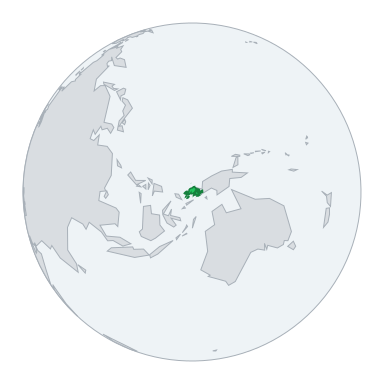 the Earth from above Papua Barat, rotated 314°
{"feature_id": "IDN-1933", "entity_name": "Papua Barat", "entity_type": "Province", "adm_level": 1, "iso_a3": "IDN", "parent_name": "Indonesia", "parent_adm1": "", "projection": "orthographic", "projection_center": [132.375, -1.612], "detail": "fine", "context": "on_globe", "style": "filled", "palette": "green", "viewbox_px": 384, "rotation_deg": 314, "n_neighbors": 0, "source": "natural_earth", "source_scale": "10m", "svg_char_len": 11300}
<svg xmlns="http://www.w3.org/2000/svg" viewBox="0 0 384 384"><g transform="rotate(314 192 192)"><circle cx="192" cy="192" r="169" fill="#eef3f6" stroke="#a8b0b8"/><path d="M311.9,235.7L311.8,236.9L311.6,237.1L311.9,235.7ZM277.2,46.1L273.1,44.1L276.0,46.4L271.1,43.4L280.3,51.0L279.5,53.4L277.1,48.6L274.3,46.5L272.0,46.7L268.7,44.7L265.6,43.9L261.8,41.7L260.7,39.7L258.2,38.4L256.7,38.7L252.0,37.1L254.5,36.8L246.4,34.2L243.1,31.5L250.0,33.3L263.9,39.1L277.2,46.1ZM344.0,135.9L342.5,132.1L344.2,134.3L344.0,135.9ZM341.1,130.0L341.8,131.2L341.1,130.2L341.1,130.0ZM340.4,129.4L340.9,129.8L340.4,129.7L340.4,129.4ZM339.4,129.1L339.9,129.1L339.4,129.1ZM337.5,127.4L337.0,126.9L337.3,126.5L337.5,127.4ZM278.9,48.9L279.7,48.8L280.1,49.6L278.9,48.9ZM265.9,44.2L266.7,45.0L264.8,44.2L265.9,44.2ZM257.2,40.4L253.8,39.3L257.0,40.0L257.2,40.4ZM251.7,38.4L243.6,36.3L244.8,37.6L236.8,33.2L246.4,36.2L250.2,36.7L249.6,37.3L251.7,38.4ZM233.7,31.4L231.6,30.8L233.6,31.1L233.7,31.4ZM127.8,35.7L125.2,36.8L132.2,34.1L132.4,34.6L134.5,33.8L136.7,32.9L135.4,34.5L137.0,34.0L138.1,33.2L141.9,31.6L148.3,29.8L147.5,30.4L145.1,31.2L138.9,34.0L132.6,36.4L132.9,36.5L138.2,34.7L145.8,31.1L149.8,29.9L146.7,31.3L148.2,30.7L149.9,30.3L151.0,30.7L154.6,29.1L175.1,26.1L179.1,27.1L174.0,28.3L187.5,28.7L190.9,30.9L191.9,30.0L199.0,30.3L198.0,29.6L199.0,29.2L216.8,31.0L220.4,32.4L229.1,33.3L229.6,33.0L227.5,31.9L236.8,33.2L244.8,37.6L243.3,38.0L249.3,40.9L245.0,41.7L244.1,44.0L235.9,43.9L236.0,46.2L238.4,47.2L240.3,51.5L235.9,58.0L229.0,48.3L233.4,40.3L230.7,42.9L228.2,41.2L225.3,41.6L223.7,43.9L225.4,44.8L206.8,44.8L196.7,51.4L204.9,52.3L208.2,55.6L203.9,66.6L181.0,80.3L185.1,87.1L184.1,91.0L177.7,92.7L179.0,86.8L174.3,84.1L176.0,80.8L166.2,82.3L168.2,77.8L159.6,81.7L160.8,85.6L168.7,85.6L160.3,91.5L165.9,99.3L164.4,108.0L147.8,122.4L134.1,126.3L132.8,129.2L128.5,125.5L121.1,130.9L127.7,148.5L126.9,153.6L115.6,162.6L115.7,158.7L104.2,148.9L100.8,161.0L109.4,171.6L112.3,184.0L105.1,179.8L102.3,169.0L98.3,165.2L100.3,154.6L98.8,139.1L91.6,141.7L93.1,135.7L89.9,123.3L80.1,127.0L63.9,142.9L60.1,158.8L55.2,165.9L53.0,143.1L56.1,128.3L52.7,129.7L52.6,117.7L45.0,117.5L46.2,113.9L44.3,115.8L44.5,112.4L47.2,106.6L46.3,107.2L39.8,122.5L41.0,122.1L45.1,115.9L42.8,121.6L42.9,126.6L34.7,141.0L27.2,155.0L29.5,145.8L33.4,133.7L38.3,121.9L44.0,110.5L50.5,99.6L57.9,89.3L66.0,79.5L74.8,70.3L84.3,61.8L94.4,54.1L105.1,47.1L116.2,41.0L127.8,35.7ZM27.4,153.9L27.0,155.7L26.6,157.6L26.0,161.2L28.7,156.1L27.8,160.1L24.2,179.1L23.1,196.2L23.3,182.0L24.8,167.9L27.4,153.9ZM59.1,88.5L60.1,89.1L66.4,80.8L67.3,80.5L69.1,78.0L66.9,80.2L72.2,73.6L75.1,71.4L78.4,68.2L78.2,67.9L72.1,73.1L64.3,82.4L61.2,85.7L59.1,88.5ZM92.1,317.3L95.4,319.4L94.2,319.6L92.1,317.3ZM30.6,235.7L39.3,262.9L38.9,263.2L35.4,255.4L29.9,239.0L29.2,234.1L27.9,226.7L30.6,235.7ZM153.4,215.5L158.5,216.7L158.4,217.4L153.4,215.5ZM147.9,212.3L153.7,213.0L147.0,214.0L147.9,212.3ZM156.0,213.3L161.9,212.2L164.5,211.1L164.1,212.8L156.0,213.3ZM144.0,212.1L123.6,210.5L115.8,207.9L117.5,205.1L130.2,206.6L144.0,212.1ZM116.9,205.0L105.1,196.2L90.6,172.1L95.8,172.7L111.3,187.5L110.3,189.9L117.3,196.8L116.9,205.0ZM146.0,191.8L144.9,199.3L133.5,197.8L128.4,196.2L124.8,186.4L126.8,181.7L130.9,182.1L147.9,167.1L153.6,171.5L148.2,177.9L152.9,184.7L146.0,191.8ZM60.4,160.3L62.0,169.9L59.5,171.5L60.4,160.3ZM155.5,156.5L148.2,162.9L155.1,154.2L155.5,156.5ZM160.1,148.2L160.2,151.7L157.7,148.1L160.1,148.2ZM131.9,133.7L127.5,134.3L127.8,131.9L133.6,129.9L131.9,133.7ZM163.2,115.6L161.7,122.3L160.4,124.5L159.1,120.2L163.2,115.6ZM155.8,27.5L148.1,29.0L142.2,30.7L138.2,32.2L140.5,31.1L149.7,28.5L155.8,27.5ZM172.8,26.0L176.2,25.3L177.0,25.5L176.3,25.8L172.8,26.0ZM173.3,25.6L173.3,24.9L176.7,24.5L176.0,25.1L173.3,25.6ZM273.5,299.9L276.1,301.9L271.5,306.4L264.8,310.7L257.9,311.2L273.5,299.9ZM220.9,305.0L219.4,298.6L227.0,299.1L225.0,304.3L220.9,305.0ZM278.3,296.7L282.4,291.7L282.7,284.6L283.7,291.4L288.4,292.7L277.8,301.7L278.3,296.7ZM189.4,276.2L157.7,285.3L150.3,283.2L151.2,278.2L142.5,262.3L144.8,262.8L142.1,252.4L160.2,244.5L172.9,228.9L184.2,231.0L191.9,219.9L203.9,222.1L200.9,231.1L214.0,238.9L221.2,218.7L230.7,242.5L241.2,252.2L245.9,267.7L232.6,291.0L223.6,294.8L221.2,292.1L217.7,294.2L211.1,292.3L206.2,283.5L202.7,285.6L205.4,279.8L200.7,284.7L196.7,279.0L189.4,276.2ZM275.3,246.3L277.4,247.3L281.2,252.1L277.7,250.7L275.3,246.3ZM306.6,239.3L307.8,241.5L305.5,241.5L306.6,239.3ZM311.6,237.1L308.9,237.2L311.9,235.7L311.6,237.1ZM284.8,234.5L286.0,236.2L285.2,236.5L284.8,234.5ZM284.0,233.8L285.0,231.7L285.0,234.1L284.0,233.8ZM273.3,219.6L274.4,218.7L275.0,219.7L273.3,219.6ZM166.2,217.4L173.3,212.1L177.3,212.0L166.2,217.4ZM271.4,216.8L268.3,216.1L268.6,215.0L271.4,216.8ZM271.4,214.0L271.0,212.3L273.1,216.6L271.4,214.0ZM265.4,209.3L269.3,212.9L265.0,209.6L265.4,209.3ZM263.3,209.3L260.6,207.6L260.7,207.1L263.3,209.3ZM234.3,207.2L244.2,218.6L236.6,217.2L227.9,209.8L221.7,214.8L207.3,212.0L210.4,208.8L208.3,203.2L193.8,199.4L190.9,195.6L195.9,193.8L186.5,190.0L196.7,189.5L201.1,197.2L206.9,192.3L217.3,195.0L227.6,198.7L236.3,205.3L234.3,207.2ZM197.1,205.3L198.9,205.6L197.4,207.6L197.1,205.3ZM255.4,202.7L259.3,206.9L258.9,207.7L257.0,206.9L255.4,202.7ZM238.2,204.4L247.3,199.8L249.5,200.2L243.5,206.1L238.2,204.4ZM245.0,195.6L249.3,197.1L251.7,200.8L250.8,201.6L245.0,195.6ZM176.2,196.5L175.8,198.4L173.2,196.6L176.2,196.5ZM179.5,195.6L187.5,198.6L178.8,197.3L179.5,195.6ZM156.3,186.7L158.5,191.5L165.5,189.1L160.2,192.9L165.1,201.1L163.5,203.9L158.6,195.1L157.2,203.6L154.1,203.2L152.3,195.6L155.3,186.9L158.4,183.5L171.0,183.1L156.3,186.7ZM179.4,189.9L177.3,184.3L178.9,180.9L181.1,183.9L179.4,189.9ZM171.6,170.9L166.5,164.3L161.6,166.2L171.8,158.7L174.9,166.2L171.6,170.9ZM167.7,157.2L163.1,158.9L168.1,154.5L167.7,157.2ZM162.1,156.8L161.9,152.6L165.4,153.5L162.1,156.8ZM170.1,157.6L171.5,150.7L173.0,155.0L170.1,157.6ZM161.2,143.4L168.2,150.7L158.6,147.0L159.6,134.0L163.8,134.0L161.2,143.4ZM193.6,96.7L193.3,93.5L197.5,93.3L196.5,95.5L193.6,96.7ZM210.9,90.9L198.6,92.2L188.6,93.9L191.1,95.7L187.7,100.9L184.7,95.3L192.6,90.2L199.9,90.0L202.2,85.9L208.3,83.8L208.8,78.6L211.8,76.8L213.6,81.7L210.9,90.9ZM208.7,76.4L211.7,68.1L219.1,70.6L220.0,72.9L215.5,75.5L211.9,74.1L208.7,76.4ZM214.6,67.0L211.2,65.7L208.3,53.8L209.6,52.0L215.6,61.5L212.6,60.9L212.0,63.6L214.6,67.0ZM231.6,31.2L231.6,30.8L233.0,31.4L231.6,31.2ZM198.3,28.8L199.9,28.5L201.5,29.0L198.3,28.8ZM205.2,27.9L202.3,27.5L205.7,27.6L205.2,27.9ZM195.7,27.0L201.3,27.3L195.4,27.5L195.7,27.0Z" fill="#d9dde1" stroke="#a8b0b8" stroke-width="1"/><path d="M199.3,199.8L199.2,199.8L198.9,199.6L198.7,199.4L198.8,199.2L198.8,198.9L199.5,199.0L199.6,198.9L198.8,198.8L198.5,199.0L198.3,199.1L198.1,199.0L198.2,198.9L197.8,198.7L197.8,198.8L197.7,198.9L197.8,199.0L197.7,199.1L197.3,198.9L197.3,198.7L197.2,198.8L197.2,198.7L197.3,198.6L197.2,198.3L197.1,198.5L196.9,198.4L196.7,198.6L196.3,198.0L196.3,197.8L196.2,197.9L196.2,198.0L196.3,198.2L196.1,198.0L195.9,198.1L195.9,197.9L195.7,197.5L195.9,197.3L195.9,196.8L195.9,196.7L195.9,196.8L196.0,196.6L196.3,196.3L196.5,196.5L196.6,196.4L196.4,196.2L196.4,195.9L196.2,195.9L196.3,196.0L196.2,196.1L195.8,196.5L195.8,197.2L195.7,197.3L195.4,197.2L195.4,197.4L195.5,197.5L195.0,198.2L195.0,198.5L194.6,199.2L194.0,199.2L193.8,199.4L193.6,199.3L193.5,199.1L193.2,198.9L193.3,198.9L193.0,198.1L193.1,197.9L193.5,198.0L193.5,197.8L193.6,197.7L193.3,197.4L193.3,196.9L193.1,196.9L193.1,197.1L192.9,197.1L192.7,196.8L192.7,196.7L192.5,196.4L191.9,196.0L191.9,195.9L191.4,195.8L191.2,195.9L191.2,196.0L191.1,195.8L190.8,195.9L191.0,195.7L190.9,195.6L191.0,195.5L190.8,195.5L191.1,195.3L191.4,195.3L191.2,195.3L191.4,195.2L191.8,195.1L192.2,195.2L192.1,195.3L192.3,195.3L192.3,195.2L192.6,195.3L192.9,195.5L193.0,195.5L193.4,195.3L193.9,194.6L194.5,194.4L194.8,194.5L195.0,194.7L195.0,195.1L195.0,194.9L195.2,194.6L195.2,195.0L195.2,194.7L195.3,194.7L195.4,194.9L195.6,194.7L195.8,194.8L195.8,195.3L195.9,194.7L196.0,194.7L196.2,195.1L196.3,194.8L196.2,194.6L196.3,194.6L196.1,194.5L196.0,194.4L196.3,194.4L196.5,194.6L196.4,194.4L196.8,194.3L196.5,194.3L196.7,194.1L196.4,194.2L196.6,194.0L196.6,193.7L196.6,194.0L196.5,193.9L196.3,194.0L196.2,193.9L196.4,193.7L196.6,193.6L196.4,193.5L195.9,193.7L195.7,193.8L195.6,193.7L195.5,193.9L195.3,193.7L195.4,193.8L195.2,193.8L194.7,193.7L194.3,193.8L193.7,194.0L193.3,193.9L192.9,194.0L192.7,193.8L192.5,193.7L191.9,193.9L191.5,193.6L191.0,193.4L191.3,193.1L191.0,193.2L190.8,193.0L190.8,192.9L190.7,192.8L190.7,192.6L190.9,192.3L191.0,192.2L190.7,192.3L190.6,192.1L190.8,191.8L190.5,191.9L190.3,192.0L190.3,191.7L190.2,191.9L190.1,191.7L189.9,191.7L189.6,191.6L189.4,191.6L189.2,191.7L189.1,191.4L188.8,191.3L188.9,191.5L188.6,191.7L188.3,191.5L188.0,191.5L187.8,191.5L187.8,191.4L188.0,191.3L188.0,191.0L188.2,190.9L188.5,190.8L188.7,190.4L188.7,190.0L188.8,189.9L188.6,189.7L189.4,189.4L189.6,189.4L189.5,189.6L190.5,189.3L190.8,189.0L191.1,188.8L191.2,188.6L191.3,188.5L192.2,188.3L193.0,188.3L193.6,188.6L193.8,188.6L194.0,188.7L194.3,188.8L195.0,189.4L195.5,189.5L195.6,189.4L196.0,189.5L196.1,189.4L196.3,189.4L196.7,189.4L197.3,189.8L197.0,189.9L196.9,190.1L197.2,190.6L197.4,190.8L197.6,191.2L197.5,191.5L197.4,191.8L197.0,192.2L197.2,193.0L197.2,193.3L197.1,193.5L197.3,194.1L197.4,194.3L197.8,194.7L198.0,195.3L198.1,195.7L198.4,195.6L198.2,195.0L198.2,194.7L198.4,194.6L198.7,194.7L198.8,195.6L198.1,196.1L198.1,196.3L197.7,196.7L197.5,197.2L200.5,198.3L199.3,199.8ZM188.8,187.9L189.0,188.1L188.8,188.3L188.7,188.3L188.2,188.2L188.0,188.3L187.9,188.3L187.6,188.0L187.3,188.0L187.3,187.8L187.1,187.5L186.8,187.5L187.0,187.7L187.2,188.1L187.4,188.2L187.6,188.1L187.8,188.3L187.7,188.5L187.2,188.6L187.0,188.2L186.7,188.2L186.6,188.5L186.6,188.4L186.5,188.1L186.3,188.1L186.1,188.1L185.6,187.8L186.2,187.9L186.2,187.7L186.0,187.8L185.9,187.7L186.0,187.5L186.3,187.6L186.2,187.5L186.3,187.5L186.5,187.4L186.6,187.5L186.7,187.4L187.1,187.3L187.3,187.4L187.2,187.3L187.4,187.3L187.9,187.4L188.1,187.4L188.4,187.5L188.6,187.7L188.8,187.7L188.9,187.8L188.8,187.9ZM186.3,192.7L186.0,192.9L186.3,193.1L186.1,193.2L185.8,193.3L185.4,193.3L185.3,193.2L184.6,193.1L184.2,192.8L185.1,192.4L185.7,192.4L186.0,192.2L186.0,192.4L186.3,192.7ZM188.1,190.2L188.2,190.4L188.1,190.9L187.9,191.2L187.7,191.1L187.2,190.9L187.1,190.6L187.1,190.3L186.9,190.1L187.6,189.9L187.8,190.0L188.0,189.9L188.2,190.1L188.1,190.2ZM187.7,189.5L187.4,189.8L186.2,190.0L186.3,189.9L186.3,189.7L186.5,189.7L186.9,189.6L187.2,189.7L187.4,189.6L187.7,189.5ZM187.0,188.5L186.9,188.8L186.7,188.8L186.8,188.6L186.6,188.7L186.4,188.8L186.5,188.7L186.3,188.6L186.5,188.5L186.8,188.5L187.0,188.5ZM195.5,199.7L195.7,199.9L195.4,199.7L195.2,199.8L195.0,199.6L194.8,199.5L194.8,199.4L195.2,199.6L195.5,199.7ZM184.9,190.7L184.8,190.8L184.6,190.9L184.2,190.8L184.6,190.6L184.9,190.7ZM197.9,193.2L198.0,193.3L197.9,193.5L197.8,193.4L197.9,193.2ZM197.5,192.4L197.5,192.5L197.4,192.6L197.3,193.0L197.3,192.6L197.5,192.4ZM195.6,194.5L195.3,194.4L195.6,194.5ZM198.5,194.0L198.5,194.5L198.4,194.5L198.3,194.3L198.4,194.2L198.5,194.0ZM193.0,197.4L193.0,197.6L192.9,197.4L192.7,197.3L192.9,197.3L193.0,197.4ZM189.6,195.1L189.8,195.0L189.6,195.1ZM197.7,185.1L197.8,185.0L197.7,185.1L197.7,185.1Z" fill="#22c55e" stroke="#15803d" stroke-width="1.5"/></g></svg>